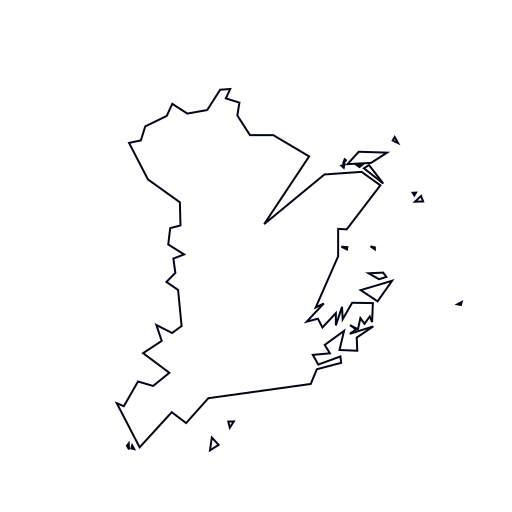 the district of Livingstone, Queensland, Australia, rotated 72°
{"feature_id": "25037944B91391383703186", "entity_name": "Livingstone", "entity_type": "district", "adm_level": 2, "iso_a3": "AUS", "parent_name": "Australia", "parent_adm1": "Queensland", "projection": "albers", "projection_center": [150.606, -22.725], "detail": "medium", "context": "isolated", "style": "outline", "palette": "ink", "viewbox_px": 512, "rotation_deg": 72, "n_neighbors": 0, "source": "geoboundaries", "source_scale": "gbopen_adm2", "svg_char_len": 1946}
<svg xmlns="http://www.w3.org/2000/svg" viewBox="0 0 512 512"><g transform="rotate(72 256 256)"><path d="M149.8,335.1L181.4,311.8L203.6,318.4L203.0,329.0L217.9,335.9L232.3,323.9L232.9,335.4L247.1,337.9L253.0,349.2L264.2,340.6L299.6,348.4L303.3,359.6L290.8,372.1L307.6,371.9L313.5,393.4L340.3,374.5L347.8,394.0L338.9,407.0L358.0,428.1L353.0,433.9L402.0,425.8L378.5,384.4L393.3,374.1L376.5,345.3L394.6,243.5L382.5,233.1L383.9,208.0L377.6,206.8L378.5,230.3L367.6,232.5L371.4,215.8L361.8,218.1L354.4,195.4L371.2,205.6L377.4,189.0L364.7,185.4L359.2,166.2L359.0,190.8L356.7,183.5L350.8,188.0L357.2,181.7L347.3,175.9L354.0,173.8L348.7,166.5L354.7,166.0L336.9,159.4L330.2,179.0L342.9,193.1L330.9,189.9L346.7,201.5L335.0,197.7L344.5,214.9L334.8,216.5L334.1,228.1L322.1,206.2L323.4,215.1L281.7,178.0L255.6,169.5L258.7,161.5L227.2,115.9L208.6,129.6L199.6,165.7L228.2,238.4L177.7,174.7L146.4,202.2L139.2,224.4L116.6,230.3L105.0,224.4L96.8,236.0L89.2,228.9L86.8,238.7L102.1,257.3L99.3,277.3L85.4,288.6L95.2,297.6L98.5,321.3L110.5,329.8L109.2,341.8L149.8,335.1ZM188.6,126.1L196.9,140.6L203.0,117.8L198.2,99.4L188.6,126.1ZM321.6,134.2L320.8,167.0L336.7,154.4L321.6,134.2ZM226.4,112.6L204.4,120.4L205.9,126.3L226.4,112.6ZM415.0,354.1L426.6,359.8L424.1,349.9L415.0,354.1ZM307.2,154.3L316.1,146.2L316.2,138.5L311.1,140.2L307.2,154.3ZM253.5,88.0L255.8,80.2L249.9,80.5L253.5,88.0ZM404.9,333.5L411.2,334.0L406.5,328.2L404.9,333.5ZM199.2,145.3L196.4,143.6L196.5,146.8L199.2,145.3ZM185.7,87.3L188.4,90.3L192.5,86.0L185.7,87.3ZM191.4,141.8L195.3,144.8L192.7,140.9L191.4,141.8ZM396.6,437.4L400.7,436.5L394.9,435.0L396.6,437.4ZM284.5,140.3L282.2,144.1L286.4,140.9L284.5,140.3ZM200.7,132.1L203.4,130.1L202.3,127.2L200.7,132.1ZM363.3,74.6L364.2,79.4L365.9,76.3L363.3,74.6ZM397.9,432.3L400.5,434.0L402.0,431.5L397.9,432.3ZM275.8,166.4L273.5,171.9L277.9,167.5L275.8,166.4ZM245.2,84.2L244.3,87.4L247.3,86.7L245.2,84.2Z" fill="none" stroke="#020617" stroke-width="2"/></g></svg>